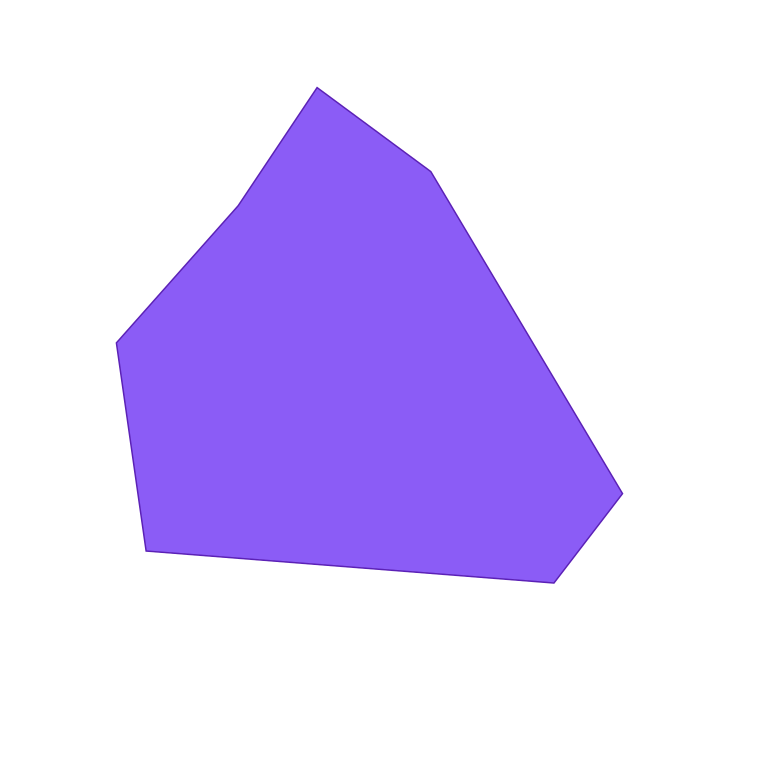 an SVG outline of Meneng, rotated 293°
{"feature_id": "NRU-4982", "entity_name": "Meneng", "entity_type": "state/province", "adm_level": 1, "iso_a3": "NRU", "parent_name": "Nauru", "parent_adm1": "", "projection": "equal_earth", "projection_center": [166.942, -0.541], "detail": "fine", "context": "isolated", "style": "filled", "palette": "violet", "viewbox_px": 768, "rotation_deg": 293, "n_neighbors": 0, "source": "natural_earth", "source_scale": "10m", "svg_char_len": 267}
<svg xmlns="http://www.w3.org/2000/svg" viewBox="0 0 768 768"><g transform="rotate(293 384 384)"><path d="M630.7,206.6L597.8,344.1L376.3,646.4L267.2,618.2L137.3,230.3L317.3,121.6L491.1,180.1L630.7,206.6Z" fill="#8b5cf6" stroke="#5b21b6" stroke-width="1.5"/></g></svg>